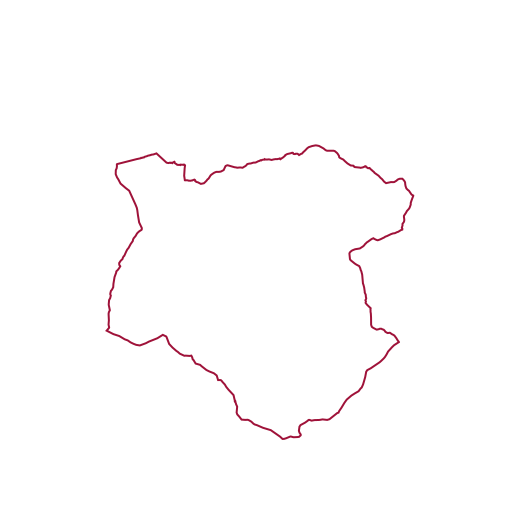 the district of Cincu, Brasov, Romania, rotated 130°
{"feature_id": "2599482B10737296571764", "entity_name": "Cincu", "entity_type": "district", "adm_level": 2, "iso_a3": "ROU", "parent_name": "Romania", "parent_adm1": "Brasov", "projection": "natural_earth1", "projection_center": [24.767, 45.905], "detail": "fine", "context": "isolated", "style": "outline", "palette": "rose", "viewbox_px": 512, "rotation_deg": 130, "n_neighbors": 0, "source": "geoboundaries", "source_scale": "gbopen_adm2", "svg_char_len": 6120}
<svg xmlns="http://www.w3.org/2000/svg" viewBox="0 0 512 512"><g transform="rotate(130 256 256)"><path d="M274.9,421.5L275.2,421.5L276.8,420.1L278.4,419.1L280.3,418.6L283.1,416.4L283.6,415.9L285.1,413.0L285.8,410.7L287.6,406.3L287.7,399.3L287.5,395.1L294.0,381.5L295.7,378.3L297.1,376.5L300.5,372.8L305.4,367.1L308.0,361.4L309.1,360.6L309.6,360.5L312.0,361.3L314.3,361.6L315.4,361.6L318.1,361.1L321.0,361.1L322.3,360.8L323.8,360.0L327.4,359.7L331.7,358.8L333.8,358.8L336.0,358.3L340.6,357.0L341.2,357.2L342.8,356.9L344.3,356.3L346.4,356.6L349.3,356.3L349.8,355.9L350.7,355.0L351.1,353.4L352.8,353.1L355.1,352.9L357.6,353.1L358.7,352.4L363.1,350.8L369.0,347.3L371.7,345.3L374.3,344.7L376.0,344.7L378.4,343.5L379.2,342.8L379.6,341.8L382.1,340.6L384.2,340.2L387.5,337.9L388.1,337.4L391.5,333.1L393.6,332.6L395.0,331.8L399.9,327.3L403.4,324.8L405.1,322.6L405.5,322.4L406.5,322.4L409.2,322.4L407.5,315.0L405.2,309.3L404.2,303.0L403.1,300.0L402.8,296.6L402.0,293.4L401.1,290.7L399.2,287.5L393.6,284.3L390.4,283.0L382.4,278.7L376.3,276.7L375.7,274.3L375.4,273.3L375.6,272.4L379.2,266.0L379.8,261.1L379.9,256.1L379.7,254.0L379.8,251.6L378.5,246.8L377.5,245.8L375.2,242.6L373.9,241.5L374.6,239.8L375.9,238.0L375.8,237.2L377.2,233.1L375.3,228.8L375.4,227.0L375.2,220.7L374.4,217.4L372.9,212.9L372.8,209.3L375.4,205.3L373.7,203.2L373.8,201.5L374.0,201.0L374.5,197.2L375.4,194.7L376.1,191.1L377.0,183.8L380.1,179.7L380.1,179.4L380.3,178.9L380.7,178.9L380.8,178.3L381.2,178.3L381.7,176.8L382.3,176.1L383.5,173.6L388.4,170.2L389.4,168.5L389.8,165.6L390.6,161.9L388.4,158.8L386.8,157.1L386.4,156.1L385.9,153.1L386.1,150.1L385.9,148.7L385.0,146.6L383.1,140.2L379.9,132.7L378.9,121.4L379.1,118.1L378.0,116.9L376.3,115.8L372.3,113.7L371.8,113.1L370.8,110.9L370.4,110.4L368.0,107.8L366.9,106.8L364.7,106.5L364.2,106.8L363.9,107.2L363.5,108.8L363.1,109.6L362.3,110.8L358.8,113.0L356.9,113.2L352.1,111.3L349.0,110.5L348.0,110.4L347.5,110.1L347.1,109.5L346.4,107.6L344.2,105.8L340.8,102.0L338.4,100.0L335.8,96.1L333.8,94.8L324.0,92.8L323.0,92.1L321.4,92.6L319.5,92.8L317.3,93.0L311.6,93.9L307.7,94.2L301.6,93.2L297.5,91.9L293.7,90.5L290.3,90.7L288.8,90.5L285.6,91.4L283.1,92.5L278.6,94.5L273.8,97.2L271.9,97.4L268.2,95.9L265.7,95.2L258.0,93.0L256.1,92.7L252.4,92.3L250.5,92.3L247.5,92.7L244.3,93.4L238.6,93.2L235.6,92.9L230.1,91.2L229.9,91.5L229.7,92.8L228.7,95.8L228.0,98.8L228.1,100.0L228.5,101.5L228.7,103.9L228.8,104.2L230.3,105.5L230.6,106.3L230.9,108.2L230.5,109.5L230.4,110.8L231.0,112.3L231.1,113.1L232.1,114.4L233.0,114.8L234.7,116.1L234.9,116.4L235.7,120.0L235.8,121.8L234.7,123.6L229.3,128.2L226.4,130.9L225.1,132.4L223.9,133.4L223.1,134.2L222.3,134.6L222.0,139.3L221.6,141.6L221.4,142.0L220.1,142.6L219.5,143.8L218.3,144.0L217.5,144.4L216.9,145.3L215.1,147.1L214.1,149.2L213.4,149.8L210.6,152.9L208.7,155.6L208.4,156.3L202.1,162.6L200.0,165.5L199.5,166.7L198.3,168.4L197.4,170.4L198.1,173.7L198.3,175.5L198.4,180.9L198.0,182.0L194.1,186.0L193.4,186.3L192.5,186.4L190.5,186.1L189.1,185.5L187.1,184.4L183.5,181.3L179.9,180.2L178.5,180.0L176.7,180.1L175.4,179.9L174.4,179.9L173.6,179.6L168.9,178.4L167.7,177.9L166.9,177.4L166.9,176.5L166.3,174.2L165.8,173.0L165.3,172.6L163.4,171.5L159.1,169.6L158.1,169.4L156.6,168.5L152.6,166.7L150.7,165.6L149.3,164.3L147.1,163.3L146.0,162.6L142.9,161.6L141.8,160.9L141.1,161.3L140.7,162.4L138.4,163.4L137.3,164.4L134.9,164.6L133.7,165.1L132.5,166.1L131.0,167.8L130.1,168.5L126.4,168.9L124.7,169.3L121.4,169.2L120.2,169.4L117.2,170.5L116.0,171.5L114.9,172.0L112.0,173.1L108.8,174.2L108.6,174.4L108.9,175.8L108.9,176.6L107.7,180.8L107.8,182.1L107.6,184.2L106.3,186.4L105.1,187.8L103.8,189.1L103.3,190.1L102.8,192.4L102.8,193.7L104.6,195.7L106.4,196.6L108.0,196.8L110.4,197.6L111.2,198.3L112.6,200.1L116.6,203.2L116.7,205.7L116.1,208.7L116.1,210.8L115.7,213.7L116.1,218.6L115.8,220.0L115.9,221.3L115.8,222.1L115.8,224.1L115.6,225.6L116.7,226.5L116.8,227.5L116.8,228.0L117.1,228.4L116.7,229.4L117.0,230.1L118.1,230.4L118.9,230.9L119.3,231.0L121.3,232.6L121.5,233.2L124.4,237.5L124.5,238.6L124.2,239.1L124.2,239.4L125.8,241.7L126.3,245.5L126.2,249.1L126.0,251.1L126.6,253.4L126.9,255.0L126.9,255.5L126.7,256.0L126.0,256.7L125.2,259.1L125.0,260.2L125.0,263.1L125.5,264.2L129.7,269.3L130.1,270.4L130.2,271.4L130.2,273.4L131.2,278.5L132.4,280.7L133.1,281.6L135.7,283.7L138.8,285.6L140.5,286.0L143.6,286.2L146.6,286.6L147.7,286.5L149.0,287.2L151.0,287.9L150.9,289.1L151.1,290.1L152.0,291.2L152.3,291.4L152.7,291.5L153.1,291.9L153.4,292.4L153.7,292.9L153.3,293.8L153.3,294.1L153.5,294.5L154.0,294.9L154.9,295.4L157.8,297.6L159.8,298.4L160.0,298.4L160.1,298.2L160.4,298.2L163.0,298.6L164.7,299.1L165.1,299.4L165.5,299.3L166.1,299.5L165.9,300.1L166.0,300.3L166.3,300.1L166.5,300.6L167.3,301.4L168.3,302.1L169.0,303.1L170.7,304.6L172.4,305.8L173.4,307.8L173.9,308.5L175.0,309.5L176.1,310.9L176.2,311.6L176.9,311.6L177.2,312.1L178.6,313.2L179.4,313.4L179.6,314.0L179.8,314.2L180.6,314.3L182.0,315.2L184.3,316.2L185.0,316.7L185.9,317.8L186.6,318.3L188.5,319.5L189.6,320.6L191.1,321.7L191.6,321.8L192.7,321.7L194.2,322.0L195.1,322.4L197.0,323.0L198.3,325.0L200.5,327.2L200.9,328.1L201.8,329.5L204.7,336.0L205.1,336.4L206.5,337.1L206.9,337.1L211.0,336.0L213.9,337.2L215.3,338.4L217.1,340.5L218.9,341.5L220.2,341.9L222.5,342.5L223.5,342.6L226.2,342.2L227.5,342.1L228.4,342.4L230.1,342.3L232.6,342.5L233.8,342.7L236.2,344.6L236.9,347.9L237.6,349.3L237.6,350.6L237.4,350.6L237.0,351.6L237.1,352.3L238.4,353.1L239.0,353.3L239.8,354.1L240.2,354.3L241.6,356.0L241.9,356.9L242.7,358.0L243.4,358.7L243.7,359.2L240.7,362.6L234.6,367.1L232.2,368.6L232.1,369.2L232.4,369.5L232.2,369.8L232.3,370.0L233.1,370.7L234.3,372.2L234.8,372.3L234.8,372.8L235.5,373.2L236.8,375.0L236.7,375.8L236.9,376.6L237.0,378.1L236.8,378.5L236.3,378.9L236.3,379.1L236.8,379.2L237.1,379.5L237.5,379.7L238.7,379.8L239.0,380.9L239.7,381.4L239.7,381.8L240.0,382.1L240.9,382.6L241.8,384.0L242.0,384.8L241.4,398.2L244.2,399.9L245.7,401.3L246.4,401.5L246.7,401.9L247.3,402.2L248.5,403.2L249.6,403.7L251.8,405.2L252.6,405.2L253.3,406.0L254.3,406.5L254.6,407.1L255.3,407.2L258.5,409.7L274.9,421.5Z" fill="none" stroke="#9f1239" stroke-width="2"/></g></svg>